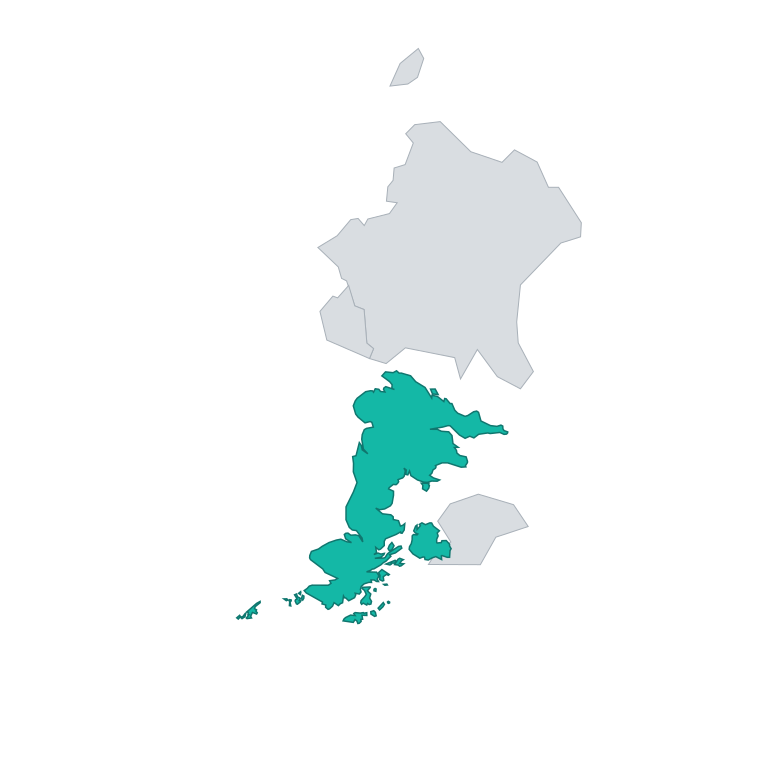 United Kingdom and the surrounding countries, rotated 222°
{"feature_id": "GBR", "entity_name": "United Kingdom", "entity_type": "country or territory", "adm_level": 0, "iso_a3": "GBR", "parent_name": "Europe", "parent_adm1": "", "projection": "orthographic", "projection_center": [-4.115, 55.427], "detail": "fine", "context": "with_neighbors", "style": "filled", "palette": "teal", "viewbox_px": 768, "rotation_deg": 222, "n_neighbors": 3, "source": "natural_earth", "source_scale": "50m", "svg_char_len": 7280}
<svg xmlns="http://www.w3.org/2000/svg" viewBox="0 0 768 768"><g transform="rotate(222 384 384)"><path d="M486.2,434.1L496.3,440.4L524.5,441.2L518.0,462.8L518.7,483.9L514.0,489.7L504.7,488.5L506.4,495.8L494.0,514.3L495.5,527.5L504.5,521.5L513.1,533.1L513.5,541.4L521.0,551.3L515.1,561.2L523.5,582.7L535.3,584.5L534.7,597.3L517.8,616.6L474.9,614.7L444.6,627.7L443.7,645.3L418.7,651.4L393.4,640.2L385.9,647.0L345.3,635.9L336.4,624.9L346.9,607.1L348.9,548.9L326.9,518.9L311.8,504.4L281.3,493.2L279.4,471.7L304.7,465.3L337.7,472.1L330.5,438.9L349.1,450.9L392.3,425.2L396.1,400.6L411.8,393.2L415.4,403.3L424.1,402.9L448.6,426.0L458.0,422.5L480.8,435.6L486.2,434.1ZM567.0,622.9L578.9,609.4L586.5,633.0L583.0,656.3L572.3,652.5L564.3,634.3L567.0,622.9Z" fill="#d9dde1" stroke="#a8b0b8" stroke-width="1"/><path d="M480.2,395.1L480.8,415.1L476.1,417.0L476.2,433.6L458.0,422.5L448.6,426.0L424.1,402.9L415.4,403.3L411.8,393.2L455.9,378.4L480.2,395.1Z" fill="#d9dde1" stroke="#a8b0b8" stroke-width="1"/><path d="M252.3,318.0L254.6,339.2L240.2,365.2L207.0,381.0L181.5,374.6L198.4,345.0L191.5,314.2L230.2,279.6L232.9,295.6L228.6,311.3L252.3,318.0Z" fill="#d9dde1" stroke="#a8b0b8" stroke-width="1"/><path d="M319.6,381.1L314.0,386.0L309.7,387.3L303.9,391.8L299.0,391.2L292.9,385.9L286.5,386.6L289.2,383.9L285.8,383.2L283.7,381.5L279.8,381.6L274.2,384.8L270.2,382.4L269.4,381.4L268.8,377.8L267.7,377.2L271.0,373.8L283.9,368.0L288.1,364.2L291.2,357.8L289.9,357.3L289.4,355.8L290.1,353.0L288.7,349.6L289.0,346.7L284.4,347.3L278.5,349.9L279.4,347.4L283.6,343.8L286.0,339.9L288.8,337.7L294.9,335.1L302.7,333.9L306.8,336.4L305.5,332.4L307.3,331.4L309.9,335.0L312.9,334.8L310.0,333.7L307.3,328.9L307.3,326.7L309.6,322.3L307.7,321.2L307.4,319.1L307.7,317.2L309.9,315.6L310.8,310.4L310.4,309.1L305.2,310.7L302.5,307.7L298.1,300.7L297.7,297.8L299.9,291.6L303.2,287.6L307.1,286.2L298.3,286.5L291.4,291.4L288.4,291.5L286.4,289.5L281.8,292.1L276.7,289.4L275.5,291.6L275.1,294.1L271.3,289.0L270.7,285.2L271.7,284.5L272.7,285.2L274.3,280.4L279.3,270.0L278.5,267.2L275.7,264.1L276.1,259.0L276.9,257.3L280.9,257.1L276.7,253.7L277.4,250.5L275.3,254.4L272.5,255.5L270.4,258.4L269.9,257.2L270.4,253.2L274.2,248.3L267.7,254.5L267.1,255.8L267.8,260.2L267.5,261.9L264.5,273.1L262.9,275.0L260.9,273.9L262.5,266.1L265.6,260.9L263.6,260.6L264.0,253.4L264.9,251.0L265.3,247.6L267.8,239.8L268.9,238.6L269.2,236.8L271.3,232.7L263.6,239.2L260.1,238.3L259.0,236.9L258.5,234.4L255.9,233.5L257.5,232.2L260.1,231.8L262.5,229.7L260.5,228.2L262.5,226.5L265.0,222.3L265.5,218.5L264.1,215.5L261.9,214.1L261.8,211.4L265.4,209.2L263.9,208.4L262.9,205.5L265.2,199.3L269.3,199.4L270.2,198.7L272.3,199.4L268.4,193.7L269.4,191.6L269.6,188.8L274.8,188.1L273.6,184.5L274.0,180.5L274.8,179.1L278.0,179.0L279.4,180.8L282.9,179.1L283.8,180.8L301.9,176.7L305.1,177.1L304.3,180.6L304.3,183.8L302.8,186.4L290.7,197.2L290.0,200.4L292.8,201.4L289.3,205.6L288.4,208.5L301.7,204.5L305.8,205.6L321.1,204.3L322.9,205.0L324.4,206.9L325.9,211.0L322.3,217.5L321.3,222.1L318.8,229.3L315.0,236.1L312.2,239.8L306.2,241.8L302.0,244.4L308.9,243.3L312.8,245.6L312.5,247.5L311.0,249.1L307.5,249.4L304.2,252.8L301.2,254.4L294.1,252.4L297.1,254.8L306.4,256.6L309.9,254.3L313.8,254.2L321.4,257.7L330.0,267.3L334.5,283.3L338.1,292.7L348.0,298.2L353.5,304.6L358.7,309.1L356.8,312.0L363.1,323.9L359.7,323.1L356.1,320.5L349.3,321.3L355.8,321.9L363.6,328.1L366.3,331.8L368.1,336.9L367.3,339.3L363.1,344.8L367.4,347.4L369.2,346.8L372.1,342.4L381.0,342.0L384.9,342.7L392.2,347.2L394.1,352.3L394.4,355.5L392.5,366.0L389.5,370.0L387.9,371.2L386.3,370.9L387.3,374.6L384.3,376.6L381.6,376.1L378.0,378.7L380.8,379.7L381.4,380.9L380.9,383.2L372.5,386.9L374.4,386.2L375.7,386.6L377.5,388.9L381.3,389.5L391.0,388.6L391.0,394.0L384.8,398.5L383.5,402.2L380.0,402.2L378.4,403.7L369.7,407.9L362.0,406.9L351.2,408.9L339.2,405.5L340.8,407.7L335.9,410.5L327.8,411.0L329.2,413.8L327.9,414.6L321.9,413.7L320.4,414.9L313.9,411.9L309.7,411.6L302.1,414.2L300.6,416.7L298.8,423.4L297.0,425.9L294.8,426.2L287.2,421.4L277.1,424.3L271.7,428.1L269.6,431.7L267.6,432.2L265.7,430.3L263.6,429.7L260.0,431.2L259.4,430.4L259.4,428.8L261.1,426.9L265.5,425.5L272.0,418.2L274.1,417.1L280.0,410.0L281.1,404.1L285.3,402.6L287.4,397.9L293.8,396.6L306.9,397.2L308.6,395.9L311.6,391.2L319.6,381.1ZM252.2,311.4L244.6,312.0L244.8,308.9L242.1,307.3L241.0,303.9L238.8,301.5L238.1,301.4L235.3,304.5L236.1,306.3L233.0,309.3L228.1,308.8L226.9,307.5L223.9,306.5L223.5,304.4L219.3,299.1L221.1,297.5L226.2,295.3L226.4,294.7L223.7,292.1L230.0,290.4L231.8,287.2L233.3,282.8L236.1,281.0L238.0,282.4L239.3,281.5L240.8,278.5L248.8,277.1L254.7,278.0L256.2,280.2L256.9,283.6L258.8,287.0L261.4,290.0L261.4,291.8L258.5,293.9L258.5,295.2L260.9,294.3L263.6,294.7L265.4,299.5L265.1,301.3L262.0,298.0L262.1,303.0L263.8,303.3L262.9,306.2L259.1,307.2L257.0,311.5L255.6,312.6L252.2,311.4ZM256.3,184.7L254.2,189.9L250.5,192.6L252.9,193.2L252.5,194.8L248.3,197.9L246.4,200.3L245.5,200.3L243.8,202.5L241.9,200.5L245.6,197.4L242.5,194.9L243.7,193.6L242.1,192.2L242.3,189.6L243.2,188.5L245.4,189.7L247.9,189.6L247.3,186.3L255.9,180.6L256.5,182.6L256.3,184.7ZM256.1,207.8L256.0,213.0L256.4,215.8L260.4,217.5L263.2,217.4L263.8,218.6L258.5,223.9L258.1,223.7L257.9,219.2L253.3,219.1L251.5,215.3L247.8,214.1L246.5,211.7L247.5,210.2L249.4,209.9L248.9,208.2L252.8,207.2L253.2,205.3L254.9,205.8L256.1,207.8ZM329.7,118.0L330.0,122.2L330.8,121.6L332.0,123.5L333.5,122.7L331.9,135.7L330.6,139.5L329.7,138.6L330.7,132.6L330.4,131.4L329.9,130.4L327.6,130.9L327.2,129.5L325.1,129.2L324.8,127.8L328.9,126.2L327.7,122.2L325.9,121.5L328.8,118.0L329.7,118.0ZM261.4,244.7L252.6,246.0L252.8,244.7L254.7,244.2L255.6,240.3L252.7,237.8L253.3,236.6L256.3,235.7L258.8,239.0L261.8,240.4L261.4,244.7ZM287.3,334.7L289.9,335.2L284.1,340.2L283.3,338.9L282.4,339.0L281.0,336.5L280.7,332.8L285.2,331.9L287.3,334.7ZM255.3,256.9L256.3,263.1L255.7,265.0L252.1,266.4L252.7,264.5L252.3,261.2L249.0,263.6L249.6,260.3L250.5,259.0L252.2,259.0L255.3,256.9ZM305.4,164.5L304.7,166.1L309.4,167.5L308.5,169.4L305.9,168.0L303.2,168.7L302.4,168.1L302.1,166.3L300.7,167.2L300.4,165.8L301.0,162.4L301.9,162.0L304.9,163.3L305.4,164.5ZM272.1,271.5L268.3,270.5L267.3,266.4L267.7,265.0L268.6,263.7L270.8,264.3L272.1,267.8L272.1,271.5ZM346.0,411.3L342.6,414.5L336.7,412.4L341.3,409.1L346.0,411.3ZM257.8,260.4L256.6,260.6L256.2,258.0L258.9,255.6L258.0,255.1L258.5,253.5L262.1,251.5L257.8,260.4ZM239.8,204.3L241.5,206.0L239.9,208.7L237.7,208.6L234.7,206.5L235.5,205.0L239.8,204.3ZM238.3,221.1L236.2,220.5L235.7,217.6L236.1,213.1L238.4,213.5L238.3,221.1ZM333.6,120.6L333.2,121.0L331.6,118.0L332.5,114.6L333.8,114.6L334.1,115.5L333.3,116.7L333.6,120.6ZM309.8,160.6L308.5,161.4L307.9,160.8L307.7,158.9L304.8,156.7L306.0,156.0L308.4,159.1L309.7,159.5L309.8,160.6ZM303.3,172.4L301.6,172.8L300.2,171.1L299.8,169.0L301.6,169.1L303.3,172.4ZM337.0,111.7L336.5,115.5L335.0,115.1L335.0,111.8L337.0,111.7ZM312.5,159.3L310.8,159.3L311.6,157.6L314.6,157.3L312.5,159.3ZM253.8,226.1L252.7,226.4L251.3,224.5L253.1,223.6L254.1,224.8L253.8,226.1ZM307.0,173.9L306.3,173.4L305.3,171.5L307.4,171.3L307.0,173.9ZM248.0,237.2L247.0,236.9L248.7,235.0L250.1,234.9L248.0,237.2ZM235.4,225.4L233.9,225.7L233.4,225.1L233.7,224.1L234.8,223.8L235.6,224.4L235.4,225.4Z" fill="#14b8a6" stroke="#0f766e" stroke-width="1.5"/></g></svg>